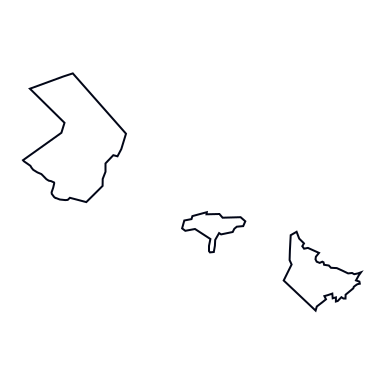 Rаmitan, Bukhoro, Uzbekistan (Robinson projection)
{"feature_id": "79887680B12609316203717", "entity_name": "Rаmitan", "entity_type": "district", "adm_level": 2, "iso_a3": "UZB", "parent_name": "Uzbekistan", "parent_adm1": "Bukhoro", "projection": "robinson", "projection_center": [63.441, 40.386], "detail": "fine", "context": "isolated", "style": "outline", "palette": "ink", "viewbox_px": 384, "rotation_deg": 0, "n_neighbors": 0, "source": "geoboundaries", "source_scale": "gbopen_adm2", "svg_char_len": 1500}
<svg xmlns="http://www.w3.org/2000/svg" viewBox="0 0 384 384"><path d="M105.5,171.8L105.5,163.4L113.3,155.2L117.5,156.3L121.3,149.1L126.0,133.7L72.8,73.4L63.3,76.5L29.9,88.7L64.5,122.8L61.4,132.8L23.0,160.2L23.8,161.2L30.4,165.8L31.5,167.7L33.2,169.8L37.4,172.4L41.4,174.1L42.6,175.3L46.4,179.2L48.8,180.7L51.0,181.1L54.1,182.5L54.2,183.4L53.2,187.7L51.6,192.3L51.8,193.9L54.1,197.0L55.4,198.0L55.6,197.9L59.8,199.5L65.4,200.1L67.7,199.9L69.9,197.8L86.3,202.1L97.2,191.3L102.6,185.9L102.7,179.0L105.5,171.8ZM343.4,298.5L345.5,298.5L345.6,294.7L353.3,288.3L353.8,286.8L355.2,285.7L357.4,284.2L359.8,283.7L359.4,281.6L356.0,280.4L358.7,275.5L361.0,272.3L358.0,273.4L354.2,274.2L352.1,273.0L348.1,273.4L342.3,270.6L336.8,268.1L331.0,267.8L328.8,265.5L324.1,264.8L323.5,262.3L322.3,261.7L319.7,262.9L316.7,261.7L315.5,259.3L315.9,256.7L319.0,252.9L307.9,247.9L304.1,248.7L302.3,246.2L304.0,243.4L299.2,238.6L296.6,231.8L290.7,235.2L289.9,250.6L289.6,260.1L291.6,264.5L283.7,280.5L315.6,310.6L316.8,306.5L322.9,301.8L326.0,299.3L324.4,296.1L327.9,295.1L332.3,293.6L332.7,298.3L335.9,297.4L335.9,301.5L337.7,301.0L341.4,297.2L343.4,298.5ZM206.8,212.2L192.4,216.1L191.5,219.1L184.3,220.5L182.1,228.4L185.3,230.8L195.0,229.0L210.4,239.0L209.0,245.9L209.0,251.1L210.0,252.4L213.8,252.0L214.9,245.8L215.2,239.9L219.1,233.1L221.1,234.4L232.7,232.0L234.3,228.8L236.8,226.7L243.2,226.1L245.3,221.3L240.6,217.2L222.6,217.7L219.4,214.0L206.5,214.3L206.8,212.2Z" fill="none" stroke="#020617" stroke-width="2"/></svg>